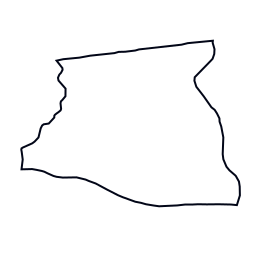 outline of Canillá, Baja Verapaz, Guatemala, rotated 267°
{"feature_id": "79465075B48890406696018", "entity_name": "Canillá", "entity_type": "district", "adm_level": 2, "iso_a3": "GTM", "parent_name": "Guatemala", "parent_adm1": "Baja Verapaz", "projection": "equal_earth", "projection_center": [-90.865, 15.202], "detail": "fine", "context": "isolated", "style": "outline", "palette": "ink", "viewbox_px": 256, "rotation_deg": 267, "n_neighbors": 0, "source": "geoboundaries", "source_scale": "gbopen_adm2", "svg_char_len": 1288}
<svg xmlns="http://www.w3.org/2000/svg" viewBox="0 0 256 256"><g transform="rotate(267 128 128)"><path d="M199.0,60.2L191.3,65.6L189.5,65.7L186.6,64.0L185.4,62.7L184.7,62.1L181.8,60.7L179.0,61.1L170.6,67.7L163.0,67.2L159.5,64.0L158.1,62.4L156.2,61.9L150.6,62.2L149.1,61.6L147.4,59.3L146.6,58.0L146.0,57.1L145.0,55.7L144.2,55.1L142.3,54.9L136.6,49.1L136.1,44.0L135.0,42.4L132.2,40.8L123.2,38.1L119.3,34.0L117.7,31.6L114.0,22.0L113.2,20.6L111.9,20.3L109.8,20.6L102.0,21.2L92.3,19.5L92.0,30.1L91.0,34.4L89.6,39.7L88.7,42.2L87.0,45.2L84.0,51.1L83.0,54.1L81.9,60.3L81.4,74.0L78.7,83.0L77.2,86.0L74.3,92.8L67.5,104.0L61.4,114.5L59.0,119.5L57.8,122.5L56.7,125.0L54.0,131.4L52.6,137.0L50.9,142.0L49.2,149.8L48.2,155.0L48.1,173.1L48.6,181.3L48.2,187.7L48.2,193.9L47.6,202.7L47.1,214.6L46.2,226.8L45.3,232.7L54.8,236.2L63.7,236.5L68.7,236.0L74.4,233.2L75.2,232.5L80.4,227.1L84.2,224.3L91.7,221.6L96.9,221.2L113.6,222.7L124.6,221.2L129.5,219.8L132.8,219.8L137.9,217.6L141.6,215.5L144.3,212.4L155.8,205.2L165.6,198.4L171.7,196.8L175.2,197.3L191.3,214.7L192.7,216.1L197.4,218.0L202.2,218.5L208.7,217.0L210.7,217.3L209.6,192.1L208.4,185.8L205.9,143.1L205.0,139.3L204.3,129.1L204.5,122.7L203.5,118.4L202.2,94.1L200.8,83.1L200.1,67.0L199.0,60.2Z" fill="none" stroke="#020617" stroke-width="2"/></g></svg>